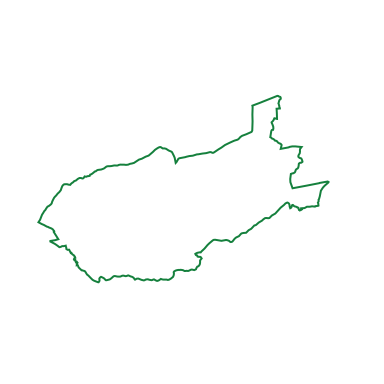 Tenjo, Cundinamarca, Colombia (Albers equal-area conic projection), rotated 213°
{"feature_id": "7082276B86152202895144", "entity_name": "Tenjo", "entity_type": "district", "adm_level": 2, "iso_a3": "COL", "parent_name": "Colombia", "parent_adm1": "Cundinamarca", "projection": "albers", "projection_center": [-74.143, 4.827], "detail": "fine", "context": "isolated", "style": "outline", "palette": "green", "viewbox_px": 384, "rotation_deg": 213, "n_neighbors": 0, "source": "geoboundaries", "source_scale": "gbopen_adm2", "svg_char_len": 5967}
<svg xmlns="http://www.w3.org/2000/svg" viewBox="0 0 384 384"><g transform="rotate(213 192 192)"><path d="M80.8,247.3L78.8,249.0L78.5,249.4L78.6,249.6L79.4,250.5L79.7,251.0L80.6,251.6L80.7,253.0L80.9,253.5L81.6,254.3L81.6,255.1L82.4,257.8L84.6,263.3L84.6,267.0L84.2,269.4L82.9,274.0L82.9,274.7L83.9,274.7L90.0,269.0L90.1,268.7L99.3,259.8L109.7,249.9L114.8,253.8L116.7,256.4L118.9,261.0L118.4,261.5L118.1,262.2L117.4,262.7L117.1,263.1L116.5,264.4L116.5,265.2L117.0,267.0L116.9,267.9L116.2,269.4L116.2,270.3L116.8,272.0L117.7,273.7L117.8,274.1L117.2,275.5L116.3,276.1L115.9,277.1L115.8,277.4L116.0,277.8L117.2,278.8L118.5,279.6L119.1,279.6L120.2,279.2L121.6,279.3L122.1,279.6L122.5,280.3L122.7,281.4L122.7,283.1L123.5,284.8L124.3,285.9L124.8,287.1L124.6,289.4L130.4,286.4L132.7,284.9L134.9,282.8L135.1,282.2L141.1,276.5L142.4,280.2L143.4,280.6L144.1,280.7L145.0,280.4L146.7,280.3L148.7,280.9L149.3,280.8L149.8,280.5L150.6,280.3L150.8,280.5L151.6,280.7L153.0,280.7L153.9,280.4L155.2,280.7L156.2,280.6L158.7,286.3L158.8,287.4L158.3,288.2L157.9,288.4L158.4,289.7L159.5,291.1L161.5,292.6L163.0,293.5L163.2,293.8L162.8,295.7L162.8,297.2L163.1,298.6L162.8,298.9L160.9,299.4L160.5,299.6L163.9,304.5L166.4,307.9L163.8,309.9L164.1,310.3L164.7,310.6L165.1,310.9L165.6,311.7L166.1,312.0L167.1,313.0L167.7,313.3L168.7,316.4L168.6,317.6L168.3,318.4L168.5,318.8L169.1,319.5L169.4,319.7L169.8,319.8L171.1,319.4L171.9,319.5L172.8,319.1L184.1,303.1L188.4,297.3L187.6,296.5L187.2,295.9L183.5,289.8L179.6,284.1L176.4,278.8L174.9,276.3L174.8,274.8L178.0,269.9L180.6,266.4L181.4,264.4L181.7,262.3L182.2,260.8L184.4,258.2L185.2,257.0L187.0,254.2L189.9,249.4L191.5,245.3L193.0,242.2L194.9,237.7L195.4,236.6L196.2,236.0L197.9,235.7L198.8,235.1L201.3,232.3L204.1,230.0L207.2,227.1L208.4,226.2L211.1,222.9L213.8,220.7L215.9,218.5L216.7,217.5L221.0,213.4L221.5,212.4L221.3,208.5L221.5,207.5L225.2,211.3L227.0,212.5L230.4,214.5L231.3,214.6L234.2,214.1L237.3,214.1L239.0,213.5L240.2,212.6L242.7,212.6L243.3,212.3L244.2,211.2L244.9,209.8L246.0,207.2L246.6,204.3L248.2,198.9L250.1,196.4L252.2,192.6L254.1,190.3L256.5,184.8L258.0,183.1L259.3,181.9L260.5,180.1L260.9,179.8L262.1,178.8L263.9,177.9L266.9,176.0L268.0,175.0L268.7,173.9L269.2,173.4L271.7,171.9L273.8,169.8L274.7,169.1L276.6,167.8L277.4,167.0L277.7,166.5L278.5,164.1L279.1,163.1L280.4,161.4L283.0,159.2L283.6,158.2L284.0,156.9L284.8,156.1L284.9,155.4L285.6,153.2L286.3,151.7L286.8,151.2L286.8,150.6L286.6,149.8L287.3,149.1L288.3,148.3L289.0,147.2L289.6,146.9L290.5,146.6L290.5,145.0L290.9,143.9L291.6,143.5L292.7,143.3L293.9,142.5L294.3,141.9L294.9,140.8L295.6,138.4L296.7,137.0L297.0,135.4L297.4,134.6L297.9,133.2L298.0,131.7L299.6,130.9L301.0,130.5L303.4,128.9L303.9,127.5L304.0,126.4L303.7,124.7L303.0,121.9L303.2,120.5L303.2,119.8L303.8,117.5L304.0,115.1L304.4,113.2L304.5,111.9L304.2,109.0L303.9,107.3L303.5,106.1L303.5,105.4L303.7,104.4L304.4,102.4L305.2,101.0L305.3,99.0L305.2,96.8L305.5,95.6L305.4,93.7L305.4,91.3L304.3,86.0L304.3,83.0L300.5,83.3L298.3,83.7L294.9,83.9L293.7,84.3L292.9,84.3L289.9,84.9L288.1,84.8L287.0,84.3L286.4,84.2L286.1,84.0L286.2,83.2L278.4,79.6L280.5,77.1L284.1,73.8L283.8,73.3L280.0,73.7L278.2,73.8L275.5,73.7L273.2,73.5L272.6,74.0L271.8,75.1L271.6,75.6L271.4,75.9L270.1,76.7L268.7,78.2L268.2,77.6L267.5,77.2L266.2,75.7L264.7,75.8L264.2,76.3L263.6,76.7L260.4,74.8L260.0,75.3L258.6,74.6L256.1,74.5L255.7,74.1L254.9,73.9L254.0,73.2L254.6,72.1L254.3,71.7L254.3,71.2L253.5,70.8L252.8,71.4L251.9,70.4L251.2,69.9L251.0,70.4L250.7,70.4L250.6,70.7L249.5,70.3L249.6,69.5L249.1,69.0L249.1,68.3L248.8,67.8L248.3,68.5L247.5,68.1L246.0,67.0L241.9,66.2L241.4,66.6L240.6,66.7L239.5,67.1L238.8,67.2L238.2,67.1L235.1,65.6L233.5,65.5L229.6,64.6L227.6,64.2L225.7,64.3L223.7,64.7L221.5,65.2L221.2,65.4L221.1,66.5L221.3,67.3L222.5,68.8L222.6,69.9L222.2,71.1L222.1,71.3L221.7,71.4L219.2,71.7L218.0,71.5L216.5,71.1L216.2,71.1L215.7,71.4L213.8,73.4L213.2,74.2L212.6,75.9L212.0,78.2L211.5,79.1L210.5,79.7L208.6,80.4L206.8,81.5L206.0,82.1L204.9,83.8L204.5,84.1L203.8,84.6L202.2,85.1L201.6,85.4L200.8,86.3L200.3,87.1L199.9,87.4L197.4,87.8L196.2,88.2L195.2,88.3L194.1,88.2L192.2,87.4L192.0,87.5L191.2,89.1L190.5,89.7L189.7,90.2L186.5,90.8L184.3,91.6L183.7,92.2L183.1,93.4L182.2,94.2L181.3,94.8L180.1,95.1L177.9,96.0L177.4,96.5L176.8,97.5L176.3,98.0L173.5,98.2L172.7,98.6L172.4,98.8L171.5,100.2L170.8,102.1L169.3,102.5L168.2,103.0L165.6,104.7L164.3,105.1L163.4,106.1L162.5,107.9L161.7,110.4L161.9,111.9L162.3,112.9L162.7,113.7L163.7,114.8L163.7,115.7L163.0,117.1L162.0,118.3L161.0,119.2L159.6,120.1L159.1,120.6L157.1,121.5L155.2,121.7L154.2,122.4L153.7,122.9L152.5,123.5L152.1,123.8L151.8,124.2L150.4,126.5L149.4,127.1L147.6,127.7L146.7,129.1L146.6,129.4L146.9,130.8L146.9,131.8L146.9,132.3L146.2,133.2L146.1,133.6L146.0,135.3L146.6,136.9L147.9,139.0L147.9,140.0L147.7,141.5L148.9,142.1L149.7,142.1L151.6,141.0L152.2,140.9L153.1,141.6L154.0,141.3L154.5,141.3L155.5,141.9L155.0,143.0L154.4,143.9L152.8,145.5L151.8,146.1L151.7,147.3L150.7,151.3L150.1,156.0L149.5,158.6L148.2,162.8L147.9,163.4L147.6,163.8L146.5,164.6L140.7,167.1L137.3,170.3L136.4,170.7L135.0,171.1L134.2,171.2L132.9,171.0L132.3,171.1L131.8,171.5L131.3,172.1L131.1,172.6L130.8,175.9L130.4,177.4L130.1,178.1L128.6,180.5L128.1,183.8L127.7,184.5L126.5,185.7L124.4,187.3L123.7,190.8L122.3,193.4L121.5,197.9L120.6,198.8L120.3,199.4L119.4,202.7L117.7,206.1L117.4,207.5L116.8,209.2L116.6,209.7L115.8,210.5L113.7,211.6L112.9,212.4L112.2,215.8L110.4,219.3L109.1,227.2L107.8,231.2L107.4,233.3L106.6,234.7L106.4,235.0L105.9,235.2L104.8,235.2L104.2,235.0L103.3,234.4L102.1,232.9L100.8,231.9L100.3,232.9L100.3,233.3L100.8,235.1L100.8,235.7L100.5,236.0L99.9,236.1L99.4,235.8L98.3,235.8L96.5,236.4L95.6,236.4L95.3,236.6L95.1,236.4L94.2,236.6L92.6,235.3L91.9,235.9L91.5,235.5L91.0,236.4L90.8,236.3L90.5,237.0L91.3,237.6L90.5,237.9L90.8,238.4L89.0,239.7L88.7,240.1L87.6,242.2L85.3,243.7L83.5,245.4L81.1,246.6L80.7,247.0L80.8,247.3Z" fill="none" stroke="#15803d" stroke-width="2"/></g></svg>